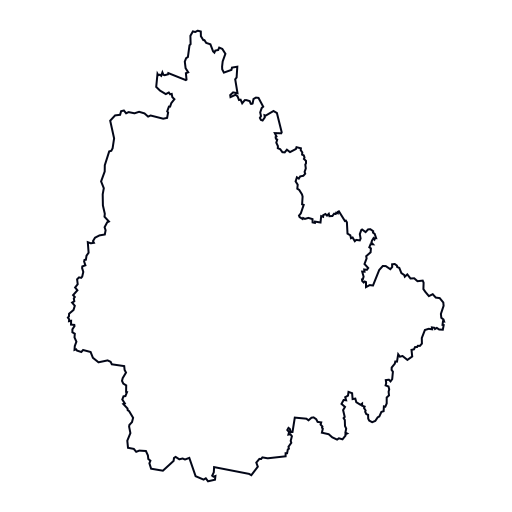 the district of North Burnett, Queensland, Australia
{"feature_id": "25037944B97560087028013", "entity_name": "North Burnett", "entity_type": "district", "adm_level": 2, "iso_a3": "AUS", "parent_name": "Australia", "parent_adm1": "Queensland", "projection": "equal_earth", "projection_center": [151.493, -25.244], "detail": "fine", "context": "isolated", "style": "outline", "palette": "ink", "viewbox_px": 512, "rotation_deg": 0, "n_neighbors": 0, "source": "geoboundaries", "source_scale": "gbopen_adm2", "svg_char_len": 6011}
<svg xmlns="http://www.w3.org/2000/svg" viewBox="0 0 512 512"><path d="M81.3,352.0L83.1,350.0L90.6,352.0L92.9,357.8L98.5,362.3L107.6,360.4L110.6,361.8L111.8,364.3L124.2,366.1L124.6,369.9L126.0,372.6L122.7,378.1L122.0,380.9L123.3,383.6L126.2,385.4L126.1,391.9L127.0,392.1L125.4,396.1L123.5,396.3L122.3,399.5L124.8,403.4L123.3,404.0L127.5,408.5L127.7,410.2L129.1,411.1L133.1,417.8L132.0,422.1L129.4,424.9L129.1,426.6L130.4,433.1L127.3,440.7L128.0,447.8L133.8,448.9L136.2,451.8L139.3,450.6L145.9,451.0L147.9,455.4L148.3,459.0L150.4,460.7L149.4,463.3L151.1,468.7L162.9,470.7L173.6,460.9L174.0,458.0L175.6,456.9L179.3,459.3L182.6,458.5L185.0,459.5L189.3,457.9L195.6,476.2L203.6,479.6L205.8,478.3L208.0,481.3L215.0,479.7L215.4,476.0L213.5,476.7L212.2,475.7L213.8,472.3L214.1,467.1L249.1,473.9L251.3,475.2L257.8,466.7L256.3,462.6L259.4,458.9L261.1,459.0L262.4,457.4L267.7,458.3L285.6,456.3L285.6,453.2L287.1,453.2L287.8,449.5L288.9,448.7L288.5,446.7L291.3,442.8L290.7,440.9L291.9,436.2L290.4,434.3L288.4,434.6L289.1,432.1L287.3,430.0L288.5,427.9L289.8,428.9L290.8,432.1L292.5,432.0L294.8,417.6L306.4,418.7L308.5,420.3L311.5,417.7L313.6,417.4L316.2,419.2L317.6,421.9L321.2,422.4L320.6,424.6L322.4,426.5L322.0,427.7L322.8,428.7L321.9,432.7L328.7,434.2L332.2,437.3L337.1,439.6L338.9,438.3L342.5,439.3L345.5,435.6L345.4,434.3L347.1,433.5L345.4,432.6L346.2,428.6L345.0,426.0L344.8,420.0L343.6,418.1L344.7,416.9L343.1,410.1L345.0,406.9L341.5,403.9L343.6,400.0L346.1,400.3L345.2,397.2L348.0,395.6L348.5,391.9L352.1,393.2L352.6,399.1L355.3,398.6L356.3,402.2L360.5,404.8L362.1,403.6L362.1,405.7L364.6,406.6L364.0,408.0L365.6,410.5L365.2,411.8L366.3,414.1L368.1,414.8L368.2,418.6L369.2,420.6L372.2,422.2L375.3,420.9L377.7,417.3L379.3,416.5L381.4,411.9L383.6,411.2L383.9,406.4L385.3,406.7L386.7,403.4L386.7,397.5L389.0,395.4L388.6,391.8L389.2,389.3L388.5,386.5L385.6,385.4L386.2,383.0L385.8,380.1L388.9,379.7L390.5,381.4L392.2,379.1L392.9,371.7L391.6,369.9L391.7,367.5L394.8,363.7L395.3,361.5L397.0,361.6L398.2,354.3L399.9,356.7L402.5,356.0L407.4,359.9L412.2,356.5L411.5,349.9L414.0,349.3L415.0,347.1L417.1,347.0L417.8,345.8L419.9,345.9L421.9,343.6L421.8,338.0L424.9,330.0L428.7,328.8L432.1,329.3L431.9,327.4L434.4,327.8L435.0,329.0L436.8,327.9L439.1,329.5L442.8,329.7L443.7,325.1L442.5,324.9L443.0,321.3L444.1,321.5L443.5,319.5L441.3,317.8L440.9,313.9L443.6,305.8L443.3,302.5L439.7,298.1L435.8,297.6L432.7,294.2L428.9,296.1L425.5,292.1L423.4,289.1L423.6,282.7L422.7,280.6L417.5,281.2L414.2,278.3L410.5,278.5L407.3,274.4L404.8,276.7L404.2,275.0L401.4,273.1L399.3,267.9L397.2,267.0L396.9,265.6L394.7,264.0L392.1,264.3L392.2,267.0L390.3,269.2L385.8,266.1L382.8,266.0L379.2,270.0L373.0,285.5L369.7,285.1L366.0,287.1L366.0,282.1L364.7,281.5L363.7,282.5L362.2,281.0L362.0,279.4L362.8,279.3L363.6,276.7L362.2,271.6L364.5,271.7L364.2,269.5L366.9,269.8L368.2,268.0L364.5,264.0L366.6,258.4L366.2,256.2L370.6,252.3L370.9,248.4L369.3,247.3L370.6,244.2L373.0,244.3L371.4,242.5L372.0,240.6L373.5,238.2L374.5,239.5L375.2,238.0L376.1,238.1L374.7,233.9L373.0,232.6L373.2,231.2L370.3,229.2L368.1,229.4L365.6,232.1L362.1,229.5L361.3,230.0L359.8,234.1L360.6,238.5L359.8,240.4L356.2,239.9L354.8,241.2L352.6,237.5L351.0,238.2L350.3,235.3L347.5,233.6L346.9,222.3L345.8,220.6L344.9,221.0L338.9,211.3L337.9,211.8L337.8,213.3L336.2,212.7L335.7,214.0L334.1,213.7L332.4,216.0L329.4,216.2L328.8,213.8L327.0,215.6L325.4,214.0L323.2,215.2L323.1,216.8L321.2,216.1L320.5,222.5L315.0,221.6L314.9,222.9L312.6,222.4L312.5,219.1L308.4,217.9L304.9,218.9L303.1,218.0L302.6,219.0L299.6,217.1L299.0,215.6L300.8,213.4L303.7,204.9L302.1,204.3L302.6,196.6L302.0,194.4L299.2,189.9L297.3,188.7L297.7,184.7L295.6,181.4L296.9,177.3L298.8,178.6L300.2,176.4L303.3,175.8L305.2,173.7L304.6,171.9L305.8,168.4L305.3,164.6L306.0,163.3L306.0,160.9L303.9,158.9L304.5,157.5L303.8,155.4L302.1,154.6L302.3,152.4L300.7,150.1L300.9,148.3L296.5,147.2L295.9,149.0L290.0,152.1L286.9,149.7L284.7,152.4L282.4,152.2L280.2,149.2L277.8,148.2L277.9,146.1L276.3,142.7L277.2,139.6L275.9,138.7L275.6,137.1L276.5,136.5L274.8,133.1L281.2,133.3L281.7,132.3L276.9,113.0L273.5,111.0L265.7,115.6L264.5,115.2L264.8,117.4L262.6,120.5L260.9,119.9L259.9,117.9L261.0,116.1L260.2,112.4L261.7,108.0L263.2,106.7L258.5,97.9L255.9,97.6L253.5,99.0L252.6,103.5L251.8,103.9L250.8,103.8L249.7,101.1L246.3,100.1L244.8,100.1L242.2,103.3L240.6,99.7L239.0,100.0L237.5,96.2L235.5,94.8L230.5,97.1L230.2,95.1L233.1,92.4L237.5,93.2L235.2,79.3L236.6,77.5L237.3,66.7L232.0,67.6L231.4,69.9L223.9,72.6L222.2,69.3L222.1,66.5L222.7,61.3L225.4,53.8L222.3,48.9L219.2,47.6L218.2,50.0L215.3,50.6L214.4,52.6L213.1,51.4L210.4,44.3L206.2,42.9L204.4,40.1L203.3,40.1L200.9,36.2L200.8,31.5L197.7,30.7L195.2,32.0L192.9,31.4L190.4,35.8L190.6,44.1L189.5,45.3L187.9,57.0L186.1,58.2L184.8,61.6L185.6,68.2L188.2,72.3L185.9,73.2L186.5,79.6L185.8,80.1L168.3,73.1L168.0,74.3L164.6,75.2L163.4,74.8L162.4,72.4L161.2,75.8L159.8,74.7L158.3,75.2L157.5,73.8L156.2,86.9L160.0,90.6L165.8,94.1L168.8,92.5L170.1,94.3L171.7,93.9L172.3,97.1L174.4,99.2L171.3,103.1L170.1,106.6L168.9,106.6L167.2,111.4L168.1,112.5L167.1,117.9L163.2,118.7L150.6,115.5L148.1,116.6L144.5,113.4L139.1,111.8L134.5,113.3L128.6,112.1L126.1,113.3L123.9,110.5L121.1,111.2L120.1,114.8L115.1,115.4L110.2,120.7L114.1,138.4L112.6,148.3L111.3,150.8L109.2,151.4L104.8,165.2L104.7,171.5L101.1,181.4L103.8,188.2L102.7,194.3L102.9,205.4L104.8,213.8L104.5,216.7L108.9,221.5L107.2,222.3L104.6,227.2L105.6,230.3L104.8,234.5L99.5,235.4L95.0,237.7L93.0,241.1L93.9,242.8L90.8,243.3L87.8,242.2L88.6,252.7L86.5,255.7L85.9,259.7L84.5,259.9L84.1,261.5L85.4,265.3L82.3,266.4L82.1,268.1L83.3,271.9L82.2,276.6L81.2,277.8L79.0,277.4L77.1,279.3L77.7,284.2L75.1,287.5L77.4,290.3L73.1,295.1L74.8,297.0L73.8,298.4L74.3,301.3L72.1,302.6L74.8,305.8L73.5,310.0L69.1,313.7L68.9,316.5L67.9,317.6L69.2,319.4L69.0,321.2L71.1,320.8L71.0,324.6L74.3,324.9L74.5,326.1L72.4,329.3L72.4,332.3L74.8,333.7L74.5,337.4L76.4,341.7L74.8,346.0L74.5,349.9L76.1,349.3L77.0,350.6L81.3,352.0Z" fill="none" stroke="#020617" stroke-width="2"/></svg>